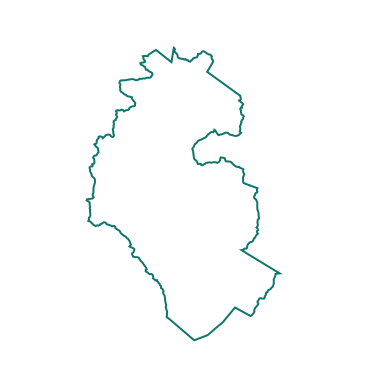 outline of Santa Quitéria, Ceará, Brazil, rotated 208°
{"feature_id": "56859067B17930491929405", "entity_name": "Santa Quitéria", "entity_type": "district", "adm_level": 2, "iso_a3": "BRA", "parent_name": "Brazil", "parent_adm1": "Ceará", "projection": "albers", "projection_center": [-39.983, -4.362], "detail": "fine", "context": "isolated", "style": "outline", "palette": "teal", "viewbox_px": 384, "rotation_deg": 208, "n_neighbors": 0, "source": "geoboundaries", "source_scale": "gbopen_adm2", "svg_char_len": 6096}
<svg xmlns="http://www.w3.org/2000/svg" viewBox="0 0 384 384"><g transform="rotate(208 192 192)"><path d="M294.5,293.6L294.9,292.3L294.8,291.0L296.4,290.7L299.2,288.8L298.3,288.1L297.6,287.1L296.7,286.3L295.4,285.9L294.5,285.0L295.3,283.9L297.3,282.4L298.1,281.4L297.1,280.6L294.7,280.6L293.3,280.3L292.0,280.3L290.2,278.3L288.8,279.1L287.8,278.5L285.8,278.3L284.7,278.5L283.1,278.3L282.2,277.6L282.0,276.0L282.3,274.9L282.4,273.7L283.2,272.9L285.2,271.9L287.0,270.0L288.3,269.4L290.5,267.7L291.6,267.3L292.3,265.6L294.0,264.3L296.3,264.2L298.4,263.3L299.2,262.6L302.4,260.2L303.0,259.6L307.2,257.1L307.7,256.1L307.5,255.2L307.1,254.0L305.9,253.4L305.3,252.5L305.1,250.9L304.0,250.0L303.1,248.0L302.1,247.3L299.7,247.0L298.4,246.6L297.3,246.5L295.9,246.7L294.8,246.3L293.8,246.3L291.1,247.2L289.5,247.4L289.0,246.5L288.1,245.8L286.6,245.1L283.9,244.1L283.7,243.0L282.9,241.6L283.7,240.4L284.8,239.7L286.4,237.8L286.7,236.4L286.3,235.4L286.8,234.5L288.9,233.0L289.8,231.3L291.2,231.9L292.1,231.9L292.9,231.6L293.6,230.5L295.2,229.5L296.3,229.3L297.1,228.4L296.9,227.5L296.0,227.1L295.3,226.0L295.5,224.7L293.2,223.1L293.4,221.8L293.4,220.5L293.2,219.6L293.9,219.0L294.4,217.9L294.0,216.7L292.6,215.2L292.5,213.7L291.3,212.0L291.6,210.7L290.6,209.1L289.7,208.4L289.5,207.5L288.7,206.5L287.7,205.7L287.3,204.8L287.6,203.5L289.1,203.0L291.4,203.9L292.4,203.7L293.5,203.0L294.9,201.6L295.2,199.7L296.0,197.6L297.0,198.3L298.0,198.4L299.9,197.6L300.4,196.7L299.8,195.9L300.3,193.5L300.2,192.5L299.7,191.7L299.2,189.9L299.9,189.2L300.6,188.2L298.5,187.2L295.7,186.6L295.1,185.5L293.2,183.3L293.6,181.4L293.5,180.1L293.9,179.1L295.1,178.5L295.5,177.2L295.5,175.9L293.6,175.0L292.9,173.6L292.1,172.5L291.8,171.3L293.2,169.7L292.5,169.2L292.0,168.0L293.6,166.7L294.0,165.7L293.5,164.8L292.4,163.9L291.8,162.5L288.9,160.4L288.4,159.5L286.5,158.6L284.6,158.2L283.6,157.5L283.0,156.4L282.0,154.4L281.3,150.7L280.9,149.4L278.8,145.2L278.4,143.0L277.7,142.1L276.3,141.0L276.7,139.7L278.3,138.4L280.6,136.9L281.3,136.0L281.1,135.1L279.2,135.2L277.5,134.7L276.1,132.3L274.8,130.9L274.9,129.8L274.1,129.1L273.5,128.4L273.2,127.4L271.0,124.1L270.7,123.3L270.6,122.1L270.9,120.9L270.5,119.9L269.9,119.0L270.0,117.8L267.6,118.1L264.1,116.9L262.7,116.7L261.1,116.7L260.1,118.0L258.7,118.5L257.9,119.5L257.8,120.6L257.1,121.2L256.7,121.9L255.7,123.9L254.7,124.3L253.3,124.2L252.3,123.5L247.9,124.3L246.5,124.1L246.0,124.9L245.0,125.5L243.5,125.3L242.6,124.1L239.5,123.8L238.3,123.8L237.1,123.4L235.8,122.3L231.5,121.3L229.8,121.6L227.7,120.6L226.6,120.7L224.0,119.3L223.4,118.6L221.2,116.9L221.7,114.6L220.3,114.4L218.7,114.8L216.3,114.6L215.7,113.7L215.4,111.2L216.1,109.8L215.4,108.6L213.5,107.3L211.1,108.0L209.7,108.8L208.1,109.0L206.8,108.1L205.0,107.2L201.9,106.1L199.4,104.7L197.5,103.9L195.8,102.5L196.3,101.5L195.8,100.4L194.6,100.0L193.5,100.2L192.3,99.7L190.9,99.6L189.6,100.4L187.8,100.4L186.2,98.7L185.9,97.5L182.8,96.8L181.6,97.8L180.7,96.8L179.8,96.8L178.5,95.8L177.5,95.7L176.6,94.7L175.4,94.5L174.2,92.6L172.6,92.6L171.6,91.7L170.5,91.1L170.4,89.8L169.5,88.7L167.8,87.8L166.9,86.8L166.1,85.7L164.9,83.8L163.9,82.6L163.1,81.5L161.9,80.3L161.4,79.5L161.2,78.0L157.8,74.7L156.5,71.9L155.6,69.6L154.0,69.5L152.4,69.2L120.5,62.1L110.9,73.1L107.3,82.5L103.6,91.6L99.8,110.2L82.0,110.0L81.1,112.5L80.7,114.3L80.8,115.9L81.7,116.9L81.8,119.2L80.8,123.7L81.1,124.6L82.0,125.0L82.8,126.1L82.5,127.2L82.5,129.2L81.9,130.3L78.7,131.4L78.1,132.4L78.7,134.0L78.6,135.2L78.6,136.2L79.1,137.0L79.3,138.1L78.5,138.8L78.6,141.2L77.1,143.0L76.9,144.1L76.9,145.0L76.3,145.9L76.4,148.0L76.9,149.7L78.9,153.4L79.1,157.0L79.7,158.8L79.1,159.5L76.4,161.3L113.3,163.4L121.0,164.0L120.3,164.6L119.3,165.0L119.3,166.4L118.4,167.1L117.4,167.6L117.2,168.6L118.0,170.8L118.0,172.3L117.4,174.4L116.9,175.2L115.9,175.9L115.5,176.6L115.2,177.7L115.5,180.0L115.0,180.8L114.9,184.2L114.3,186.2L115.9,187.2L116.2,188.1L115.8,189.3L117.0,190.5L118.4,191.0L118.1,192.7L118.2,193.6L119.9,195.8L120.5,197.2L120.9,198.8L120.4,199.8L120.8,200.8L122.3,202.8L123.6,205.0L126.0,207.2L127.1,208.9L129.1,212.9L131.8,215.4L134.0,215.8L135.0,216.9L135.0,218.6L135.4,220.6L134.5,221.9L134.4,222.8L135.2,223.6L135.9,224.8L136.0,226.1L150.5,224.1L151.8,225.1L152.9,227.3L153.8,228.4L154.0,231.3L154.2,232.3L155.5,233.0L157.0,234.9L157.3,236.1L158.2,236.2L160.9,235.9L161.9,236.4L162.9,235.7L165.0,235.2L166.2,235.2L167.2,235.6L168.6,235.7L171.3,236.7L172.5,236.7L175.3,235.6L176.1,235.0L177.3,235.4L178.9,237.2L181.3,236.6L182.9,236.0L182.2,233.1L182.2,231.6L183.3,229.6L185.3,229.3L187.2,228.2L188.9,226.8L190.3,226.5L192.5,224.9L193.4,224.0L193.8,222.8L194.4,222.2L194.8,221.2L195.6,220.4L196.7,220.3L197.6,221.0L200.0,219.5L201.5,220.8L202.6,221.5L205.8,222.4L207.6,224.8L209.9,228.2L212.1,230.4L211.6,232.8L212.1,235.3L211.5,236.3L211.0,237.8L210.6,239.8L209.9,241.1L208.3,242.8L205.8,246.5L205.3,247.7L204.8,250.4L203.1,254.0L201.3,254.8L201.0,256.0L201.5,257.4L200.5,257.4L197.9,255.7L196.6,255.3L195.7,254.7L194.8,254.9L194.1,256.0L193.1,256.7L191.3,258.6L190.7,259.6L189.8,260.5L188.6,260.9L187.5,260.9L186.2,260.4L184.8,260.6L182.5,261.3L181.3,261.4L180.2,261.8L179.1,262.4L178.2,263.3L177.3,264.5L177.1,265.5L176.6,266.4L176.4,267.3L178.3,267.7L178.3,268.6L179.0,270.6L180.5,272.3L180.6,274.4L181.0,275.5L180.9,276.5L181.7,277.4L181.5,279.7L181.2,280.6L181.8,281.7L181.8,283.1L182.7,283.6L183.9,283.5L185.3,284.2L187.3,287.2L188.3,287.8L188.6,289.4L187.4,290.0L188.3,291.8L188.0,293.4L189.4,294.1L192.1,294.6L194.1,294.7L192.8,295.3L192.3,296.6L194.5,299.6L235.0,305.2L234.5,317.3L237.7,319.5L238.2,320.3L238.1,321.2L240.6,321.9L242.0,321.3L244.1,321.4L245.5,321.7L247.2,321.8L248.2,321.5L248.9,320.8L249.2,319.7L249.2,318.5L250.6,317.1L251.5,316.6L251.0,315.5L250.9,313.3L253.5,310.9L254.1,308.3L254.6,307.3L254.8,306.2L256.0,305.9L257.6,306.4L258.4,305.8L259.3,306.1L260.5,306.2L261.1,305.2L262.3,305.4L263.3,304.8L264.3,304.7L265.3,304.3L266.3,304.1L267.3,304.1L268.1,304.7L269.6,306.6L273.1,307.8L274.1,308.8L274.0,309.8L274.9,310.7L275.8,310.8L271.1,297.0L290.5,300.5L294.5,293.6Z" fill="none" stroke="#0f766e" stroke-width="2"/></g></svg>